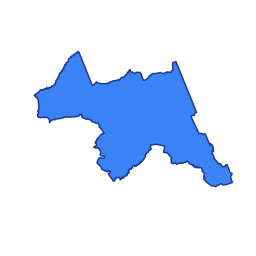 Kahemba, Bandundu, Democratic Republic of the Congo, rotated 248°
{"feature_id": "63176286B37251946319002", "entity_name": "Kahemba", "entity_type": "district", "adm_level": 2, "iso_a3": "COD", "parent_name": "Democratic Republic of the Congo", "parent_adm1": "Bandundu", "projection": "albers", "projection_center": [18.943, -7.197], "detail": "fine", "context": "isolated", "style": "filled", "palette": "blue", "viewbox_px": 256, "rotation_deg": 248, "n_neighbors": 0, "source": "geoboundaries", "source_scale": "gbopen_adm2", "svg_char_len": 5770}
<svg xmlns="http://www.w3.org/2000/svg" viewBox="0 0 256 256"><g transform="rotate(248 128 128)"><path d="M83.3,101.5L83.5,101.7L83.2,102.1L83.6,102.5L83.4,103.0L83.7,103.3L83.6,103.6L84.1,103.9L83.7,104.2L84.1,104.7L83.6,105.2L84.3,105.3L84.4,105.6L84.0,105.9L84.5,106.2L84.7,107.1L84.2,108.6L84.6,109.4L84.8,109.6L85.0,109.2L85.7,109.6L86.1,110.3L86.4,110.4L86.5,110.6L85.8,110.7L85.7,111.0L86.7,112.6L88.3,112.6L88.3,113.1L89.3,113.9L89.4,114.3L89.0,114.4L88.7,115.5L89.7,116.6L89.5,117.2L89.9,117.1L90.9,118.4L90.6,119.5L90.0,119.8L90.3,120.2L89.7,120.4L89.5,120.9L89.6,121.2L90.4,121.7L89.9,122.7L90.1,123.3L90.5,123.1L90.7,123.3L90.4,124.5L91.1,126.9L91.7,126.6L92.0,127.1L91.8,128.1L91.9,128.8L93.0,130.5L93.1,131.1L94.0,131.7L94.8,133.3L96.6,134.1L97.0,135.2L97.7,135.7L97.9,137.4L98.5,137.9L98.6,138.5L99.7,139.3L99.9,140.1L99.4,140.5L99.8,140.8L99.8,141.6L100.3,141.3L101.1,141.8L102.5,141.6L103.2,142.9L103.8,143.4L103.0,144.9L103.0,146.6L102.7,147.4L98.7,153.7L97.4,154.9L97.0,154.9L95.0,153.9L92.8,152.2L92.1,152.0L91.7,152.2L91.2,153.6L89.9,155.2L88.6,155.8L86.4,156.2L84.8,157.2L83.7,157.2L83.6,156.5L83.3,156.3L81.6,156.1L80.1,155.2L79.1,155.4L78.0,156.4L77.8,158.9L76.4,159.5L76.0,160.2L76.3,161.7L75.9,162.5L75.6,164.4L75.1,164.7L75.0,165.4L75.3,165.9L74.8,166.1L75.1,166.8L74.8,168.3L74.5,168.5L75.1,170.0L74.5,170.8L74.4,171.3L72.5,171.4L71.7,171.7L70.2,173.4L69.6,173.5L69.4,173.8L69.7,174.0L69.1,175.0L68.4,174.5L68.0,174.9L67.8,174.5L67.5,174.6L67.3,175.1L66.9,175.1L66.7,175.8L66.3,175.8L66.3,176.3L65.8,176.4L65.6,176.9L66.2,177.3L65.7,177.5L65.6,178.0L65.1,177.9L64.6,178.7L64.9,179.1L64.4,179.3L64.4,180.1L64.0,180.4L63.7,181.1L61.4,181.2L60.9,180.7L59.7,180.8L57.8,181.5L56.7,181.5L56.2,181.4L54.3,180.0L53.7,180.1L53.6,180.5L53.0,179.9L52.5,180.1L52.7,179.4L51.5,179.3L47.2,181.2L43.0,183.9L42.1,185.8L40.9,187.0L40.8,187.6L41.4,188.9L41.1,190.7L41.8,193.2L39.9,194.7L39.1,196.4L38.6,198.8L38.5,204.4L43.3,204.6L44.9,205.4L46.0,206.9L46.9,207.3L48.4,206.0L57.0,206.1L57.2,205.0L55.9,203.4L56.5,202.3L56.8,201.0L60.0,200.5L61.5,198.3L66.3,197.0L67.0,196.5L70.8,196.9L72.0,196.5L73.6,196.4L74.8,196.9L74.1,197.5L74.5,198.7L75.7,199.0L76.3,198.6L76.7,198.7L76.8,199.1L78.7,199.8L79.7,199.3L80.6,199.8L81.5,199.0L82.5,198.6L81.9,197.5L93.6,197.4L93.9,196.9L94.1,195.0L95.1,194.3L96.0,193.0L96.2,191.7L115.2,190.7L115.5,193.9L115.2,194.0L115.1,194.3L115.8,194.7L117.0,196.8L117.0,197.4L171.5,197.3L171.9,195.7L171.5,193.8L164.7,191.2L164.7,189.9L164.5,189.5L163.5,189.0L163.9,187.4L164.6,187.0L164.5,185.9L165.3,185.4L165.2,181.2L166.7,179.1L167.3,178.7L167.2,177.9L167.6,177.4L167.6,176.5L168.6,172.3L169.2,171.6L169.0,169.9L168.5,169.3L168.3,168.5L168.3,167.2L167.3,166.0L166.2,163.5L165.8,161.3L166.7,160.8L166.8,160.1L173.8,160.3L174.8,160.0L175.6,159.0L175.6,158.1L176.5,157.0L175.8,154.4L176.7,154.2L178.1,153.2L178.9,151.9L180.2,151.5L181.2,151.9L181.3,151.8L180.9,150.5L180.2,149.8L179.3,149.4L179.3,148.6L179.8,148.6L179.9,148.3L178.8,147.7L176.5,142.7L177.3,141.6L177.1,140.5L176.9,140.4L175.9,138.0L176.4,137.6L176.0,137.0L176.6,135.7L176.5,133.9L177.1,132.7L177.3,131.2L177.0,130.8L177.5,129.0L177.1,128.2L177.3,127.6L176.7,126.3L177.3,125.6L177.7,122.8L179.9,118.5L182.1,116.0L182.5,115.9L181.1,113.5L180.9,110.8L216.2,110.9L217.3,110.3L216.8,109.7L217.5,109.4L217.1,109.0L216.8,108.2L216.9,107.8L216.5,107.2L216.6,105.7L215.9,105.5L215.7,105.2L216.1,104.4L215.8,103.3L215.9,102.8L215.3,102.3L215.4,101.7L214.7,101.7L214.6,99.9L214.1,98.7L212.1,97.3L211.6,96.2L211.7,95.5L211.5,95.1L210.7,95.0L210.4,93.3L209.5,93.4L209.4,92.6L208.6,91.5L207.9,91.3L207.5,90.5L206.6,90.2L206.9,89.8L205.9,88.6L205.9,87.8L205.2,88.0L205.0,86.9L204.2,86.4L204.4,85.6L203.9,85.6L203.9,84.9L203.3,84.7L202.5,83.7L201.7,83.4L201.8,82.7L201.0,81.9L200.5,82.0L200.3,81.2L199.2,79.6L199.0,78.9L197.8,78.7L197.3,77.6L196.5,77.3L195.5,75.0L195.1,74.6L195.1,72.9L195.4,72.6L194.5,71.8L194.5,71.0L195.0,70.4L194.4,69.2L195.0,69.1L195.2,68.7L194.7,67.4L195.7,67.5L195.1,66.5L195.6,65.6L195.5,63.7L194.7,63.1L194.9,62.6L195.9,62.0L196.1,61.2L195.9,60.6L194.9,59.4L194.7,57.8L194.1,56.2L194.0,54.3L193.5,54.1L193.3,53.5L192.9,53.5L192.4,53.9L190.9,54.2L189.8,55.0L188.7,55.3L186.6,55.0L183.6,54.0L182.2,53.9L178.6,52.1L177.5,50.8L177.1,50.6L176.3,50.9L175.1,50.5L174.6,49.4L173.4,48.8L172.4,48.7L171.1,49.6L170.6,50.6L168.4,56.4L167.7,57.4L165.6,58.2L164.4,58.0L163.6,57.5L162.6,57.5L163.4,58.9L163.8,60.4L163.6,62.6L163.1,63.4L163.6,64.4L163.1,65.0L163.2,65.7L162.5,67.1L162.4,68.9L161.8,69.9L161.9,70.7L161.7,71.4L162.0,72.0L162.0,73.0L161.5,73.5L161.6,75.2L160.4,76.7L159.0,81.0L159.2,81.4L158.3,82.5L158.1,84.7L157.7,85.2L157.8,85.7L157.5,86.8L157.9,87.8L158.5,88.4L158.3,89.4L157.9,89.9L157.2,89.6L156.8,90.0L155.5,89.4L154.8,90.0L153.8,90.3L153.3,91.3L151.9,92.5L151.0,94.6L150.3,95.2L150.0,95.9L149.0,96.3L148.6,97.1L147.4,97.1L146.6,97.6L145.9,99.3L145.3,99.3L145.0,99.8L144.6,99.9L144.2,100.6L143.7,100.9L143.6,102.1L142.8,102.4L141.5,102.1L140.6,102.3L140.1,101.8L139.5,101.8L138.8,102.3L138.1,102.3L136.7,103.0L132.5,103.9L132.0,100.6L130.0,96.9L129.8,95.9L129.4,95.6L129.1,94.6L128.0,94.2L127.1,93.4L127.5,92.9L127.4,92.4L125.7,92.2L124.9,92.8L123.7,92.5L123.2,90.8L123.5,90.4L123.4,89.6L123.1,89.4L122.8,89.9L122.6,89.5L121.5,90.5L121.3,91.0L121.5,91.6L121.2,91.8L121.3,92.7L121.1,93.0L119.8,93.0L119.1,93.4L118.9,93.8L117.8,93.5L116.8,94.0L116.1,94.0L114.2,92.5L113.0,92.2L112.3,92.7L110.8,95.1L109.8,95.4L109.2,94.9L109.1,93.7L110.8,91.3L111.0,90.0L110.4,88.9L108.8,87.4L107.5,86.4L106.8,86.3L101.7,88.5L99.6,88.2L95.3,92.2L95.1,93.0L95.6,94.4L95.1,95.0L94.6,95.3L94.0,95.4L93.6,95.0L92.8,92.6L84.4,94.5L84.1,95.3L84.5,96.4L85.7,97.0L86.0,98.4L86.4,98.7L86.3,99.3L85.1,101.5L83.3,101.5Z" fill="#3b82f6" stroke="#1e3a8a" stroke-width="1.5"/></g></svg>